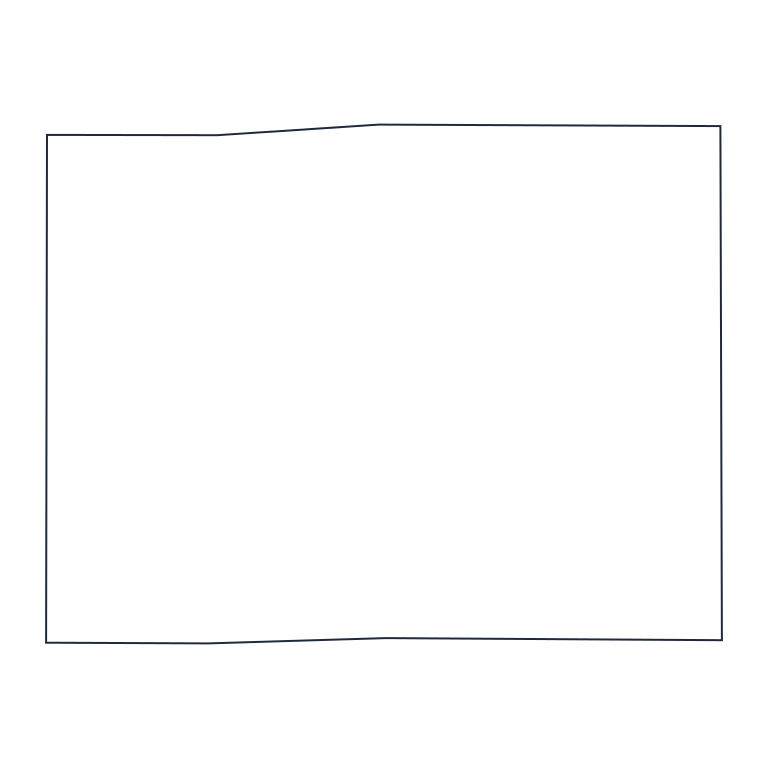 the district of Clarke, Iowa, United States of America
{"feature_id": "52423323B49910355657657", "entity_name": "Clarke", "entity_type": "district", "adm_level": 2, "iso_a3": "USA", "parent_name": "United States of America", "parent_adm1": "Iowa", "projection": "mercator", "projection_center": [-93.837, 41.029], "detail": "fine", "context": "isolated", "style": "outline", "palette": "slate", "viewbox_px": 768, "rotation_deg": 0, "n_neighbors": 0, "source": "geoboundaries", "source_scale": "gbopen_adm2", "svg_char_len": 232}
<svg xmlns="http://www.w3.org/2000/svg" viewBox="0 0 768 768"><path d="M46.1,642.7L208.1,643.4L385.9,638.1L721.9,640.2L720.4,126.1L378.8,124.6L217.1,135.2L47.0,134.9L46.1,642.7Z" fill="none" stroke="#1e293b" stroke-width="2"/></svg>